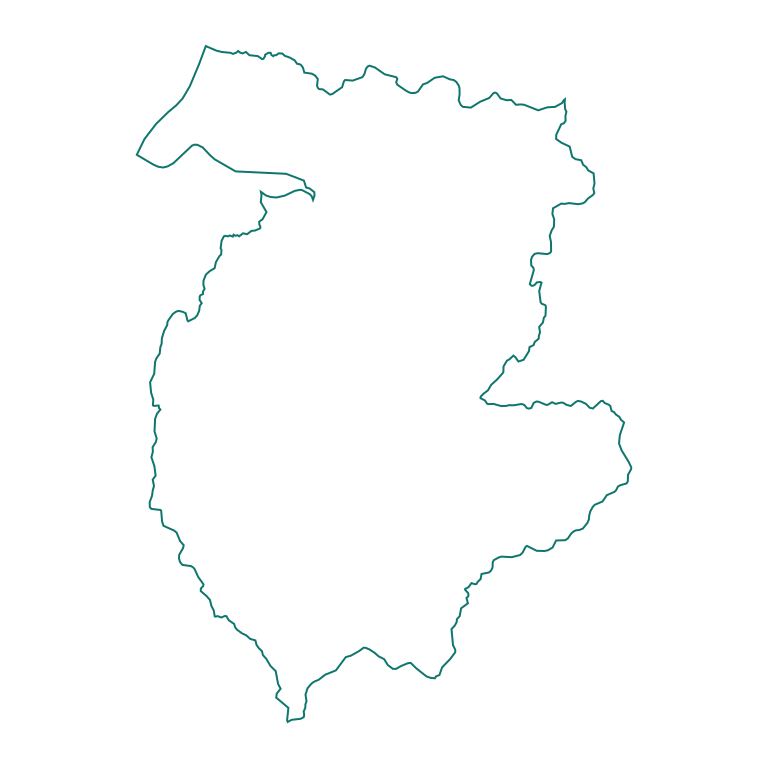 the district of La-Un, Ranong, Thailand
{"feature_id": "78962969B34632522094222", "entity_name": "La-Un", "entity_type": "district", "adm_level": 2, "iso_a3": "THA", "parent_name": "Thailand", "parent_adm1": "Ranong", "projection": "orthographic", "projection_center": [98.781, 10.072], "detail": "fine", "context": "isolated", "style": "outline", "palette": "teal", "viewbox_px": 768, "rotation_deg": 0, "n_neighbors": 0, "source": "geoboundaries", "source_scale": "gbopen_adm2", "svg_char_len": 6046}
<svg xmlns="http://www.w3.org/2000/svg" viewBox="0 0 768 768"><path d="M205.8,46.1L199.1,64.1L189.8,86.3L182.6,98.5L176.2,105.4L168.4,111.9L156.1,123.9L144.5,139.0L136.8,154.8L153.2,164.5L158.0,166.7L163.1,167.5L167.6,166.4L173.4,163.2L192.0,145.6L194.4,144.7L197.4,144.8L202.8,147.5L210.2,155.4L214.8,159.4L235.6,171.4L286.1,173.8L303.9,180.6L306.1,187.5L309.7,188.5L314.3,192.2L314.5,195.6L313.0,199.9L311.8,196.4L309.7,194.1L302.3,190.2L300.4,189.8L294.9,190.8L284.6,195.7L276.4,197.5L270.7,197.0L266.0,195.5L260.9,191.8L261.5,194.9L260.8,202.2L266.5,212.1L262.5,219.3L259.2,221.7L259.3,224.4L260.4,226.9L260.2,228.3L255.2,230.5L251.4,230.9L247.1,234.2L243.0,233.3L239.2,236.3L237.5,235.2L235.4,235.8L233.6,234.7L232.8,236.6L229.7,235.5L227.9,236.4L225.3,235.8L224.0,236.2L221.6,240.8L220.6,248.3L221.5,250.1L221.1,254.5L219.3,256.3L215.9,262.2L214.6,268.2L209.6,271.2L205.9,274.6L203.5,280.6L203.4,285.0L204.6,288.9L203.1,291.3L203.0,294.0L200.5,295.2L199.7,296.5L199.6,300.0L201.7,303.1L199.8,305.8L199.2,310.7L197.2,315.4L194.8,318.0L188.2,321.3L187.4,320.2L185.7,313.3L182.8,311.8L178.4,310.9L175.8,311.8L172.7,314.1L168.2,320.5L167.4,322.3L167.2,325.1L164.2,330.7L161.9,338.2L161.6,343.8L160.3,347.4L159.7,353.6L156.4,358.4L155.1,361.8L154.2,373.8L150.1,382.3L151.1,392.7L153.3,399.6L152.9,405.3L154.0,405.9L158.6,405.5L159.1,408.2L160.4,409.6L157.0,413.7L155.1,418.9L154.5,431.3L156.7,438.6L155.8,442.1L152.6,447.2L152.9,451.7L151.4,457.2L154.4,466.2L155.6,475.7L152.7,479.6L154.0,486.0L152.7,490.6L152.0,495.9L149.7,502.1L149.8,507.1L151.4,508.9L160.6,510.0L161.2,510.9L162.1,521.5L163.5,525.8L174.0,530.5L176.6,532.6L180.1,541.1L183.7,545.1L183.1,548.0L179.2,554.8L179.0,558.5L180.0,562.0L182.4,564.9L191.0,566.1L193.3,567.5L194.6,569.1L198.1,576.8L203.5,584.4L203.1,586.1L200.8,588.6L200.8,591.1L206.6,596.1L210.0,600.0L211.3,605.7L213.8,610.6L214.7,616.3L215.5,616.7L217.5,616.1L221.4,617.5L224.8,616.0L226.5,616.2L228.7,620.2L234.1,623.9L235.2,627.4L236.8,629.5L241.9,633.3L246.2,635.3L250.2,638.9L255.4,640.4L256.5,644.8L258.8,648.2L262.0,651.2L262.9,655.1L266.1,658.6L270.5,666.0L275.7,671.1L278.1,684.0L280.6,688.7L276.7,693.7L276.2,697.6L288.4,707.9L287.1,720.2L287.7,721.9L291.7,719.8L300.6,718.8L303.7,717.2L304.2,714.7L303.7,711.5L305.3,707.8L305.4,704.5L306.5,701.1L305.5,694.7L307.5,688.3L311.4,683.7L313.9,681.8L318.8,679.7L325.2,674.7L335.9,670.4L345.8,657.1L350.8,655.7L359.2,651.0L363.6,647.7L365.6,647.8L369.6,649.5L374.6,652.8L378.7,656.4L384.2,659.2L387.7,664.9L392.8,668.8L396.1,668.9L400.9,666.1L407.9,663.2L410.7,662.9L416.6,668.6L426.6,676.5L430.8,677.9L434.9,678.3L436.0,676.4L439.4,675.1L442.1,667.4L450.1,659.1L455.2,652.3L455.3,649.9L453.0,645.1L451.5,629.1L454.9,625.4L456.7,622.0L456.9,619.2L459.7,616.1L461.1,608.3L467.9,603.3L466.5,597.9L468.2,596.4L468.5,594.6L467.9,592.7L465.1,589.8L465.2,588.9L468.5,587.2L471.5,583.1L474.7,584.2L476.4,584.0L477.8,581.7L480.6,579.1L481.5,574.0L488.8,572.5L490.9,570.8L492.5,567.7L492.8,561.9L493.9,560.1L498.6,557.5L501.4,556.6L511.8,557.2L520.1,555.0L522.6,552.6L525.7,546.7L527.0,545.9L536.7,550.8L544.5,551.0L547.9,550.3L552.6,547.5L556.1,540.5L565.3,540.2L568.0,538.3L571.2,533.5L573.7,531.4L575.7,530.4L579.4,530.0L582.9,528.5L587.4,522.9L588.9,519.4L589.2,515.5L590.3,511.4L592.7,507.0L594.7,504.8L602.5,501.5L606.8,495.2L614.5,491.8L615.9,490.5L618.0,486.5L620.3,485.2L626.7,483.4L627.8,481.3L628.0,474.8L631.2,469.0L631.2,467.2L628.4,461.4L621.5,450.2L619.0,443.3L619.9,434.9L624.1,422.5L621.0,419.8L619.3,416.8L616.0,414.6L614.0,412.1L611.6,411.0L610.3,406.0L608.8,404.7L604.6,403.0L602.8,400.8L600.9,401.1L592.9,408.5L589.6,407.7L586.0,403.9L581.4,401.6L578.0,400.9L576.0,401.8L570.8,406.0L566.5,404.8L563.1,402.7L560.8,402.6L555.6,403.9L552.1,402.2L547.8,404.8L546.2,404.9L538.8,401.8L536.5,401.5L533.7,402.9L531.3,407.9L529.1,408.6L527.0,408.2L524.2,404.9L521.5,404.0L513.8,405.3L508.5,405.2L506.5,405.9L501.3,406.1L493.5,403.9L488.0,404.1L486.8,403.3L484.9,400.4L480.5,398.2L480.7,396.6L483.3,393.9L488.0,390.3L491.1,384.9L497.3,379.3L502.9,372.9L503.4,371.9L503.5,366.5L506.9,360.7L509.6,359.2L513.4,355.6L515.3,357.1L518.4,361.5L523.6,359.8L529.0,351.1L529.5,347.1L533.6,345.1L534.7,342.0L538.7,338.7L538.9,335.6L540.0,332.6L539.2,326.9L542.9,322.5L543.9,317.6L545.5,315.8L545.9,306.5L545.3,305.2L541.7,303.7L540.6,302.2L539.2,291.0L541.5,282.6L540.1,282.0L536.9,282.4L534.3,285.2L532.6,285.8L531.4,285.7L529.8,284.1L533.8,270.2L533.5,268.0L531.3,265.5L531.0,259.9L532.1,256.7L534.6,253.9L537.9,253.2L547.2,254.1L549.8,253.1L551.1,251.6L551.0,242.1L549.7,235.9L551.7,230.3L553.9,226.8L554.2,219.3L552.4,214.0L553.0,208.3L561.2,203.6L564.4,203.9L569.3,203.1L578.0,204.2L582.7,203.4L584.9,202.1L588.0,198.5L592.9,195.0L594.3,193.1L593.3,188.5L594.5,183.5L593.6,173.4L588.2,170.4L586.4,167.3L583.1,164.7L581.2,160.2L575.6,159.2L572.2,156.8L569.7,146.6L561.4,142.7L556.1,139.0L556.3,134.7L561.2,124.3L564.1,123.1L565.6,120.6L565.4,116.2L566.4,111.6L565.2,109.3L564.6,102.1L564.9,99.3L563.8,100.1L562.1,103.0L555.0,106.9L547.4,107.3L538.2,110.3L524.0,104.7L520.2,104.4L516.0,104.8L511.4,100.0L506.5,100.2L500.7,98.5L496.7,93.2L495.2,92.6L493.6,93.0L489.2,98.0L480.2,101.7L470.9,107.6L462.8,106.8L460.7,104.9L458.7,100.3L459.6,94.3L459.5,88.3L458.9,85.9L456.4,82.0L453.9,80.1L449.7,79.3L443.1,76.3L434.6,77.8L427.2,82.9L423.0,84.4L418.0,91.5L415.6,92.8L412.0,93.1L409.5,92.6L405.8,90.6L397.3,84.7L396.2,82.3L397.3,78.8L396.2,77.2L384.7,74.3L374.8,67.4L369.5,65.7L367.8,66.4L366.0,68.7L364.5,73.8L362.5,77.1L352.7,80.6L345.1,80.0L343.9,81.4L342.1,87.2L332.3,94.0L330.0,94.6L322.9,89.4L319.2,89.1L318.0,88.1L317.0,85.6L317.8,79.0L315.2,75.6L311.9,73.7L304.3,72.6L303.0,67.8L301.2,65.2L299.9,64.3L297.1,63.8L294.6,60.3L289.6,57.5L284.7,55.8L282.5,53.6L278.8,53.3L276.1,55.2L274.4,55.2L273.2,56.2L271.4,54.9L270.6,52.8L268.4,52.8L265.2,54.7L265.0,56.3L263.4,58.8L262.1,59.1L257.8,56.1L249.4,55.2L246.0,52.0L242.5,53.4L240.4,52.8L238.1,51.0L236.4,52.6L233.0,53.9L230.5,52.8L221.9,52.0L216.3,50.6L205.8,46.1Z" fill="none" stroke="#0f766e" stroke-width="2"/></svg>